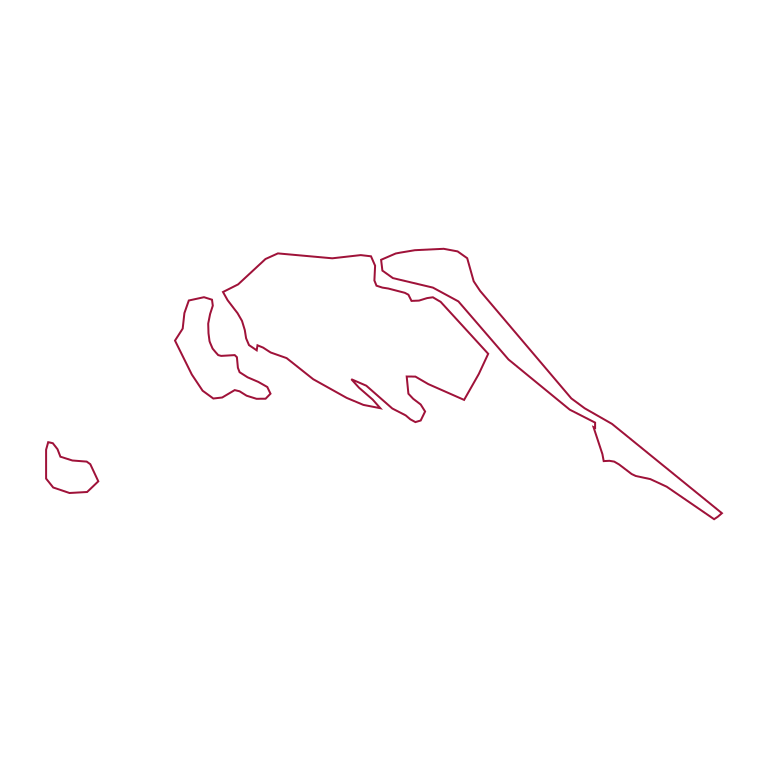 SVG path tracing the border of Yāpanaya
{"feature_id": "LKA-2459", "entity_name": "Yāpanaya", "entity_type": "District", "adm_level": 1, "iso_a3": "LKA", "parent_name": "Sri Lanka", "parent_adm1": "", "projection": "orthographic", "projection_center": [80.084, 9.638], "detail": "fine", "context": "isolated", "style": "outline", "palette": "rose", "viewbox_px": 768, "rotation_deg": 0, "n_neighbors": 0, "source": "natural_earth", "source_scale": "10m", "svg_char_len": 1891}
<svg xmlns="http://www.w3.org/2000/svg" viewBox="0 0 768 768"><path d="M464.1,399.9L428.3,384.1L415.4,376.6L406.7,376.5L408.4,393.7L413.2,398.8L420.7,404.5L425.1,411.5L420.7,420.5L415.4,422.1L410.3,419.3L405.7,415.4L392.3,408.5L366.3,385.7L351.3,379.2L351.4,379.3L359.0,387.7L372.7,399.6L380.3,408.2L363.4,404.9L346.7,397.9L313.2,379.2L286.6,358.1L270.7,352.5L269.1,351.5L263.1,347.6L257.5,345.3L256.7,350.3L249.0,345.1L246.1,338.3L244.8,330.1L242.0,320.9L237.5,313.1L234.7,309.5L227.6,300.2L223.0,292.0L238.1,284.4L265.5,259.0L277.9,253.4L332.3,258.3L360.7,255.1L371.0,256.3L375.1,265.7L374.4,280.5L376.5,285.7L382.4,287.6L388.2,288.5L404.8,292.8L408.4,294.7L411.5,300.9L419.0,300.6L424.8,298.8L427.1,298.1L430.5,297.6L432.9,297.3L438.3,300.5L440.6,301.8L460.1,323.1L488.2,353.8L478.8,374.0L464.1,399.9ZM593.5,427.1L595.1,427.8L595.1,422.6L569.8,409.7L508.5,359.5L458.4,301.4L432.9,287.6L392.9,278.1L382.4,270.6L381.1,259.8L395.7,253.5L400.4,252.6L414.9,250.2L443.7,248.8L457.6,251.4L467.2,258.2L473.7,281.3L480.1,290.9L571.3,398.4L584.7,408.3L612.0,423.9L721.9,513.2L717.7,516.8L714.1,519.2L666.7,486.7L650.3,479.1L635.8,476.0L633.7,475.0L631.6,474.0L619.0,464.4L614.2,461.6L609.4,460.8L603.7,461.1L602.4,454.1L593.5,427.1ZM213.3,398.5L202.6,390.7L191.8,374.5L175.0,340.6L182.7,328.6L184.4,313.1L188.8,300.5L204.0,297.2L212.0,299.7L212.8,305.7L210.1,314.0L208.2,323.6L208.5,333.3L209.5,341.0L209.6,341.4L210.2,343.0L212.6,348.6L215.7,352.3L218.2,355.1L221.2,355.9L234.7,355.1L236.9,357.2L237.9,367.8L239.6,372.2L247.6,377.3L258.3,381.9L267.3,387.0L268.1,388.7L270.5,393.7L265.6,398.7L256.5,398.8L246.6,395.7L239.6,391.3L234.7,390.1L222.2,397.5L213.4,398.5L213.3,398.5ZM98.3,481.3L92.8,486.6L87.1,492.0L69.5,493.0L53.2,487.5L46.1,478.6L46.1,449.7L48.2,442.2L52.8,443.2L57.5,449.2L60.4,456.7L72.4,460.5L86.7,461.6L90.3,464.2L98.3,481.3Z" fill="none" stroke="#9f1239" stroke-width="2"/></svg>